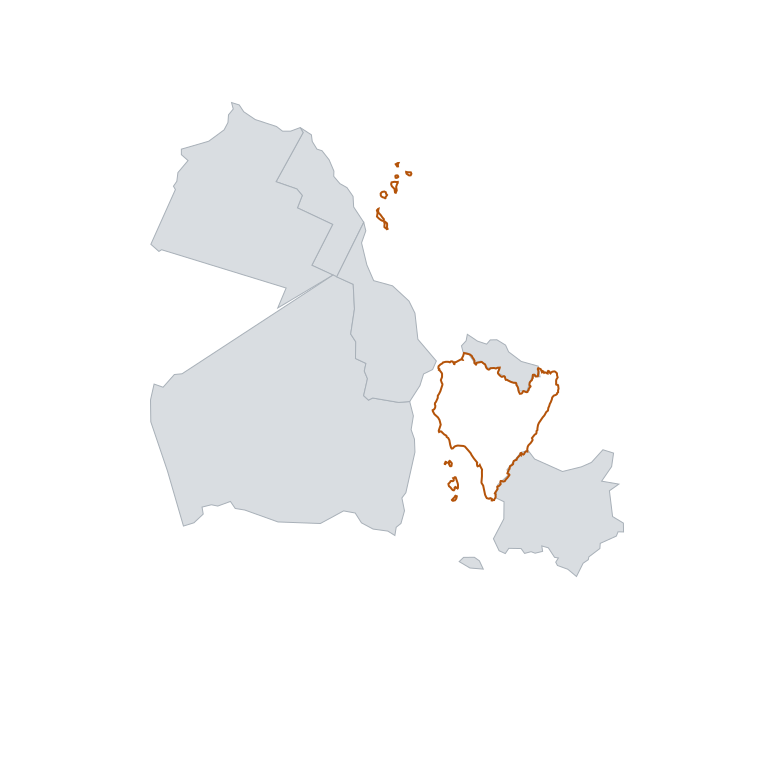 Spain highlighted, orthographic projection, rotated 113°
{"feature_id": "ESP", "entity_name": "Spain", "entity_type": "country or territory", "adm_level": 0, "iso_a3": "ESP", "parent_name": "Europe", "parent_adm1": "", "projection": "orthographic", "projection_center": [-5.186, 35.705], "detail": "fine", "context": "with_neighbors", "style": "outline", "palette": "amber", "viewbox_px": 768, "rotation_deg": 113, "n_neighbors": 6, "source": "natural_earth", "source_scale": "50m", "svg_char_len": 9070}
<svg xmlns="http://www.w3.org/2000/svg" viewBox="0 0 768 768"><g transform="rotate(113 384 384)"><path d="M303.9,469.4L302.9,496.8L257.2,493.6L255.7,532.5L242.4,532.9L238.5,540.4L240.0,562.4L184.2,556.7L180.7,561.3L183.0,548.2L188.8,544.8L194.0,537.5L193.5,532.2L199.1,522.1L207.6,513.3L212.5,511.4L216.8,502.9L217.7,494.8L223.4,485.8L232.9,481.1L243.1,465.8L303.9,469.4Z" fill="#d9dde1" stroke="#a8b0b8" stroke-width="1"/><path d="M465.9,127.3L471.2,130.7L486.0,131.6L482.7,142.5L483.3,153.4L480.9,156.3L476.0,155.5L476.9,159.3L470.6,168.7L471.4,175.5L476.1,172.6L480.7,178.8L480.9,183.1L485.0,188.4L481.9,193.5L486.5,204.9L492.7,206.1L492.5,212.9L483.7,222.8L461.3,221.0L445.5,227.5L445.1,236.9L432.1,239.9L418.8,233.8L414.9,237.3L393.6,231.3L388.8,225.5L394.2,216.1L394.8,185.5L383.1,169.9L375.1,162.4L359.0,156.8L357.9,145.7L371.1,142.2L388.4,145.7L384.4,128.7L394.2,134.8L416.7,121.8L418.5,109.3L426.6,105.7L428.6,110.8L433.2,110.7L446.2,122.7L451.1,121.0L463.1,127.9L465.9,127.3ZM509.5,227.1L515.6,220.3L519.8,233.0L518.1,245.4L512.5,243.0L508.2,233.1L509.5,227.1Z" fill="#d9dde1" stroke="#a8b0b8" stroke-width="1"/><path d="M180.7,561.3L184.2,556.7L240.0,562.4L238.5,540.4L242.4,532.9L255.7,532.5L257.2,493.6L302.9,496.8L303.6,473.5L355.5,511.5L333.9,511.6L347.3,641.2L349.9,643.0L346.5,653.2L286.5,652.0L284.2,655.1L278.4,653.9L269.9,656.3L254.9,651.7L252.1,660.1L247.0,662.3L229.0,640.2L212.6,630.5L204.3,629.8L197.0,632.3L189.8,630.2L184.5,634.3L183.7,626.3L188.2,619.5L190.9,605.9L189.0,583.5L190.9,576.2L187.7,568.7L180.7,561.3Z" fill="#d9dde1" stroke="#a8b0b8" stroke-width="1"/><path d="M303.6,473.5L304.3,451.3L326.5,440.5L351.0,434.2L356.2,426.5L371.7,420.2L372.1,408.7L379.8,407.2L385.6,401.3L402.7,398.2L404.9,392.0L401.3,388.9L395.2,363.2L390.1,353.5L401.9,344.5L415.4,341.2L422.9,334.4L434.6,328.9L475.5,321.4L481.9,323.0L492.7,315.6L505.7,313.9L511.1,316.8L519.2,314.8L517.9,323.0L521.8,337.4L520.6,350.5L514.0,360.1L516.6,371.6L537.3,388.1L552.4,427.7L554.4,462.9L556.7,472.3L552.1,479.5L561.3,489.3L562.6,495.7L568.4,503.4L574.4,499.6L586.0,504.7L593.1,513.1L548.7,549.3L509.9,583.9L489.9,592.7L473.9,595.6L473.3,586.1L457.2,580.7L453.5,573.9L303.6,473.5Z" fill="#d9dde1" stroke="#a8b0b8" stroke-width="1"/><path d="M307.3,249.0L316.4,243.2L319.0,250.8L334.6,249.7L337.8,257.5L332.3,261.6L331.9,273.7L329.9,276.0L329.3,283.3L324.1,284.4L328.7,293.8L325.1,304.0L329.2,308.7L322.8,318.6L323.7,323.7L318.6,327.6L312.1,325.3L305.7,326.7L308.0,314.7L307.2,305.1L301.9,303.4L299.2,297.4L300.7,287.3L305.7,281.9L309.6,266.5L307.3,249.0Z" fill="#d9dde1" stroke="#a8b0b8" stroke-width="1"/><path d="M250.1,460.6L262.9,459.8L281.1,446.3L292.9,433.9L290.3,414.5L297.9,393.4L306.7,383.2L329.6,370.3L342.4,344.8L351.7,344.9L359.3,351.5L371.4,350.3L390.1,353.5L395.2,363.2L401.3,388.9L404.9,392.0L402.7,398.2L385.6,401.3L379.8,407.2L372.1,408.7L371.7,420.2L356.2,426.5L351.0,434.2L326.5,440.5L304.3,451.3L303.9,469.4L243.1,465.8L250.1,460.6Z" fill="#d9dde1" stroke="#a8b0b8" stroke-width="1"/><path d="M390.1,225.7L390.1,226.2L390.6,227.0L391.0,227.2L392.0,227.6L393.8,227.7L394.5,228.1L394.6,228.8L394.4,229.5L393.8,230.7L394.1,231.0L394.4,231.3L395.1,231.2L395.6,230.3L395.9,230.2L395.8,230.5L396.0,230.8L397.3,231.4L400.1,232.4L402.1,232.4L402.3,232.9L404.2,234.5L405.4,234.4L406.3,234.3L407.0,233.9L407.4,233.9L408.5,234.5L409.3,235.0L410.0,235.7L410.5,235.9L413.2,235.3L413.9,235.7L415.2,235.5L416.8,235.6L418.1,235.5L418.2,235.3L418.2,233.7L418.4,233.2L418.7,233.0L419.5,233.1L422.3,233.8L424.7,234.7L425.6,234.7L426.3,234.9L427.3,236.3L427.2,237.1L427.4,237.8L427.5,238.4L427.7,238.7L428.7,238.6L430.6,237.5L432.4,238.1L433.2,238.5L433.9,239.5L434.5,239.6L435.2,239.0L436.3,238.4L440.6,239.2L441.5,239.2L441.7,238.4L442.0,238.1L443.3,237.7L444.1,237.2L445.0,237.0L447.1,237.4L447.8,237.3L448.2,238.2L448.8,238.6L449.1,239.4L448.1,239.9L447.5,240.0L447.5,241.5L447.8,241.9L448.4,242.2L448.6,242.6L448.9,244.8L447.9,246.1L446.4,247.7L438.8,253.0L437.1,255.4L436.4,255.9L430.6,257.8L426.5,259.6L424.5,260.3L422.2,263.1L421.1,264.2L422.0,264.4L423.2,265.6L422.9,266.2L421.3,267.2L420.6,267.5L420.2,267.4L419.9,267.5L417.4,272.2L415.2,275.6L413.9,277.1L412.7,279.4L410.0,285.0L410.0,286.6L411.8,292.0L412.8,293.4L414.0,294.6L416.4,295.5L417.0,296.5L416.3,297.5L414.1,299.3L410.2,301.9L408.6,303.8L408.3,305.6L407.2,306.4L406.9,308.9L406.2,310.6L406.1,311.1L405.4,312.4L405.4,313.3L406.7,314.5L406.1,315.1L405.5,315.4L399.3,315.9L395.5,318.8L393.7,321.2L392.1,325.8L390.0,328.4L389.1,329.0L387.6,327.9L385.8,327.7L384.0,328.2L383.1,329.1L381.7,329.6L380.2,329.2L377.1,329.1L375.8,329.1L373.7,329.9L371.8,329.5L368.7,329.3L362.0,329.9L361.2,330.2L360.3,331.3L358.2,333.2L354.9,333.3L352.0,334.5L351.2,335.3L350.0,337.5L349.6,339.0L349.3,339.0L349.0,338.6L348.6,338.8L348.3,340.0L347.2,340.5L346.3,340.7L344.0,339.7L342.1,338.3L341.1,338.1L339.5,335.9L338.8,334.4L338.3,332.9L338.4,332.3L338.3,331.8L336.9,331.1L336.5,329.7L337.6,327.9L338.5,327.1L339.0,326.9L337.7,326.9L336.7,328.1L335.6,326.2L330.8,322.4L331.1,321.5L331.0,321.1L330.2,322.0L329.7,322.3L327.2,322.1L324.3,322.5L323.3,317.1L323.3,316.1L324.0,313.9L324.9,313.1L326.0,311.2L327.3,309.7L329.3,309.1L329.8,308.0L330.2,306.9L329.9,306.8L328.3,307.0L325.5,302.7L325.7,302.0L326.0,301.0L326.3,299.7L326.4,298.7L327.2,297.8L328.3,297.0L329.3,295.8L329.8,294.5L329.9,293.4L329.4,292.7L327.9,292.2L326.3,289.0L326.0,287.0L324.7,285.9L323.7,283.9L324.7,283.7L328.7,283.7L329.7,283.2L330.4,281.9L331.2,279.8L331.4,278.5L331.2,278.0L329.9,276.6L329.9,276.2L330.1,275.6L332.0,274.2L332.6,273.5L332.4,273.0L332.1,272.5L332.1,272.0L332.3,271.4L332.4,269.3L332.5,268.7L332.4,266.8L332.2,265.2L331.4,263.2L331.5,262.8L331.9,262.4L333.2,261.7L334.2,260.1L335.7,258.7L337.6,257.6L338.9,256.4L339.5,255.5L339.9,255.2L339.5,254.2L338.8,253.5L337.8,253.2L336.7,253.2L336.1,253.0L335.9,252.5L336.0,251.2L335.9,249.9L335.7,249.3L335.2,248.8L334.2,248.9L333.4,248.6L332.8,248.5L332.4,248.8L330.5,248.6L329.1,248.1L328.8,248.3L328.6,248.5L328.4,249.4L327.7,249.9L326.1,250.4L324.9,250.3L323.7,249.9L322.8,249.4L320.4,249.6L320.2,249.4L318.1,250.4L317.4,250.5L317.2,250.3L316.7,249.1L316.8,248.7L317.8,247.3L317.7,246.9L317.3,246.5L317.0,245.8L316.9,245.5L316.3,245.4L315.7,245.7L312.5,246.6L311.4,247.2L310.3,248.2L309.4,248.4L309.1,248.1L309.1,245.6L310.5,244.1L311.5,243.1L311.1,242.9L310.1,242.9L310.2,242.1L310.7,241.8L311.2,241.0L310.6,240.6L310.3,240.0L310.3,238.6L310.5,238.0L310.4,237.4L308.3,238.2L307.8,238.0L307.8,237.0L309.0,235.4L309.2,234.9L307.9,234.6L306.9,233.8L306.4,233.1L305.8,232.0L305.8,231.1L306.6,229.0L308.4,228.1L310.1,226.7L312.5,227.1L313.9,226.8L315.3,226.1L316.0,225.9L317.2,225.3L317.2,224.4L316.9,223.8L317.2,223.2L320.1,221.5L321.8,221.3L323.6,220.5L324.8,221.1L325.8,220.9L326.9,221.6L328.4,223.2L330.7,223.9L332.5,223.5L335.7,223.4L337.3,223.6L340.1,223.3L341.7,223.4L344.4,222.7L346.4,223.7L350.3,224.1L352.7,224.9L359.3,226.2L361.6,226.2L365.0,225.4L366.4,224.8L367.7,225.2L369.6,224.5L370.5,224.6L371.7,225.5L376.0,226.7L377.0,225.6L377.9,225.3L380.9,225.9L384.0,227.1L385.6,227.2L387.9,226.7L390.1,225.7ZM450.9,278.1L452.1,278.5L453.3,277.9L453.9,278.0L454.6,278.2L454.8,279.2L454.4,280.3L453.7,281.5L453.1,282.7L452.7,284.2L451.7,285.1L450.8,285.7L448.6,284.8L447.4,284.7L447.0,284.3L446.6,282.8L446.0,282.3L445.2,282.2L444.5,282.6L443.7,283.5L443.2,282.7L442.4,282.6L442.0,282.2L442.0,281.5L446.6,277.4L447.9,276.5L450.8,275.3L451.3,275.4L451.0,276.0L451.4,276.5L451.4,276.9L451.0,277.3L450.9,278.1ZM200.3,450.6L198.9,454.0L197.7,455.2L197.0,455.6L195.4,455.8L193.8,453.4L193.1,451.1L192.6,450.3L193.5,449.9L194.7,450.1L197.4,449.9L197.9,449.8L200.8,447.9L203.4,447.9L203.4,448.7L200.3,450.6ZM228.9,456.8L226.9,458.4L225.1,457.8L224.8,457.5L226.7,457.2L228.4,456.1L229.7,453.2L231.6,450.1L232.1,448.8L232.8,448.3L233.7,448.4L234.1,448.5L234.4,449.3L234.3,450.9L233.6,453.5L232.6,455.9L228.9,456.8ZM212.6,455.5L212.4,456.7L212.6,457.9L212.4,459.7L211.6,460.7L209.9,461.5L208.6,461.1L207.9,460.7L206.7,458.9L206.8,457.3L208.1,456.4L208.8,455.0L211.8,455.6L212.4,455.3L212.6,455.5ZM236.2,446.0L235.2,446.9L234.2,446.5L234.8,444.3L235.4,443.7L237.3,442.9L238.9,442.6L239.4,441.6L239.9,441.3L240.4,441.9L240.0,442.6L239.5,444.8L238.4,445.4L236.2,446.0ZM464.4,276.0L464.2,276.2L460.4,274.8L459.2,274.7L458.9,274.5L458.9,273.1L461.3,272.7L463.3,273.2L464.5,274.8L464.6,275.1L464.4,276.0ZM180.4,446.4L180.1,446.5L179.9,445.2L178.7,442.0L179.8,440.9L181.5,441.0L182.1,442.1L182.2,443.0L181.9,443.6L181.8,444.7L181.6,445.4L180.4,446.4ZM431.8,293.1L431.4,294.1L429.6,293.8L429.1,293.5L429.5,292.4L430.0,292.2L430.0,291.5L430.5,290.6L433.0,289.9L433.6,290.3L433.8,291.1L432.4,292.8L431.8,293.1ZM188.4,454.7L187.8,454.8L187.2,454.3L186.7,453.0L187.2,452.2L187.7,451.8L188.3,452.0L189.3,452.8L189.6,453.5L189.6,453.9L188.4,454.7ZM178.6,456.8L177.1,459.1L175.5,457.9L175.2,457.6L174.9,457.0L176.5,457.1L178.2,456.1L178.6,456.8ZM433.9,296.8L433.6,297.0L432.8,296.9L431.6,296.9L431.5,296.3L431.9,295.4L432.6,296.2L433.8,296.3L433.9,296.8Z" fill="none" stroke="#b45309" stroke-width="2"/></g></svg>